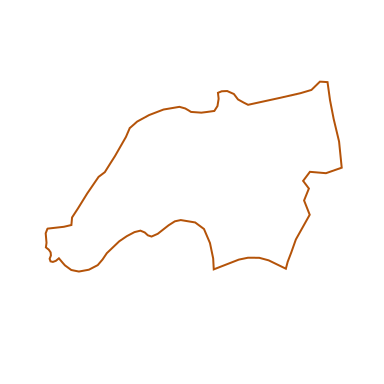 Trebinje, Equal Earth projection, rotated 79°
{"feature_id": "BIH-4808", "entity_name": "Trebinje", "entity_type": "state/province", "adm_level": 1, "iso_a3": "BIH", "parent_name": "Bosnia and Herzegovina", "parent_adm1": "", "projection": "equal_earth", "projection_center": [18.312, 43.002], "detail": "fine", "context": "isolated", "style": "outline", "palette": "amber", "viewbox_px": 384, "rotation_deg": 79, "n_neighbors": 0, "source": "natural_earth", "source_scale": "10m", "svg_char_len": 1357}
<svg xmlns="http://www.w3.org/2000/svg" viewBox="0 0 384 384"><g transform="rotate(79 192 192)"><path d="M218.5,346.0L214.1,344.5L204.6,343.5L200.6,341.0L200.4,340.7L201.7,324.4L201.4,316.7L194.1,314.6L186.5,307.2L173.5,295.2L159.3,280.8L158.2,278.5L155.9,273.8L148.2,266.6L142.1,260.8L125.3,246.3L117.5,241.0L117.3,240.9L117.1,240.4L112.4,232.4L108.3,219.5L105.7,204.7L105.6,204.1L105.7,200.8L106.0,188.1L108.7,182.7L111.3,179.7L113.2,177.7L115.9,167.7L116.3,162.0L116.7,154.6L112.5,150.6L107.0,148.6L105.7,148.1L104.7,148.0L99.6,147.6L98.8,143.6L99.6,138.2L103.8,132.2L109.9,129.2L114.1,124.2L117.1,120.3L116.4,89.0L115.7,66.7L114.6,55.3L108.1,45.4L108.7,42.9L110.0,38.0L128.2,39.0L147.3,39.0L170.5,38.0L196.7,40.4L199.1,56.9L194.7,72.4L202.3,80.8L210.9,76.6L221.7,83.6L236.8,80.8L258.4,99.1L270.3,106.1L278.8,111.4L285.2,114.5L273.7,129.8L269.4,138.6L267.3,149.1L267.2,149.8L267.3,158.9L272.1,185.4L261.3,183.9L245.5,184.1L230.6,187.3L222.5,194.7L217.4,208.4L217.5,214.4L220.2,221.3L226.5,233.6L228.0,240.2L226.1,243.6L222.7,246.1L220.1,250.0L220.4,256.1L222.9,264.4L226.5,272.8L235.8,287.3L241.2,292.7L245.8,298.5L248.6,308.0L248.5,318.2L246.7,322.6L245.5,325.4L239.8,330.7L237.1,332.3L231.7,335.3L233.6,338.8L234.1,341.9L233.1,344.1L230.4,344.5L227.4,342.6L224.3,342.3L221.3,343.6L218.5,346.0Z" fill="none" stroke="#b45309" stroke-width="2"/></g></svg>